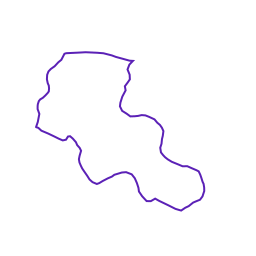 outline of Shabran District, Dəvəçi, Azerbaijan, rotated 293°
{"feature_id": "54616110B33183266084070", "entity_name": "Shabran District", "entity_type": "district", "adm_level": 2, "iso_a3": "AZE", "parent_name": "Azerbaijan", "parent_adm1": "Dəvəçi", "projection": "albers", "projection_center": [48.887, 41.122], "detail": "fine", "context": "isolated", "style": "outline", "palette": "violet", "viewbox_px": 256, "rotation_deg": 293, "n_neighbors": 0, "source": "geoboundaries", "source_scale": "gbopen_adm2", "svg_char_len": 1687}
<svg xmlns="http://www.w3.org/2000/svg" viewBox="0 0 256 256"><g transform="rotate(293 128 128)"><path d="M93.0,43.0L92.9,43.3L93.1,45.4L91.7,49.3L91.7,56.8L91.4,63.6L91.1,68.5L91.1,72.8L93.0,75.5L96.7,76.1L97.8,77.9L96.7,81.3L94.6,85.6L92.4,87.9L90.8,91.3L88.7,93.7L83.5,94.3L80.1,95.0L77.3,96.8L74.9,99.3L72.9,101.6L71.0,104.5L68.1,109.1L65.6,112.7L64.3,116.5L64.3,121.2L66.1,123.1L69.3,125.4L73.9,129.2L77.0,132.2L79.6,133.7L82.0,136.6L84.6,139.7L86.6,143.5L86.8,149.5L84.4,153.9L80.8,157.7L77.0,161.0L73.8,162.9L70.7,167.7L68.0,173.7L69.6,177.6L73.6,180.6L73.1,185.0L72.6,195.5L72.1,203.3L72.5,206.9L72.8,209.2L77.0,211.9L79.8,214.4L84.8,217.1L87.0,219.2L90.1,222.3L94.1,223.3L98.7,222.9L99.8,222.8L102.9,221.4L106.1,219.4L107.6,217.7L111.0,214.8L113.3,212.7L115.7,210.0L115.9,207.5L115.9,202.4L116.0,197.5L114.1,193.2L114.1,188.6L114.0,181.5L114.7,176.8L115.6,173.5L116.8,170.8L118.4,167.9L122.4,165.4L126.6,165.0L131.1,163.6L134.3,163.1L139.0,161.8L141.5,159.1L143.3,156.2L144.3,152.9L146.3,149.0L146.4,146.1L146.5,142.9L146.4,139.1L145.2,135.5L143.1,132.6L141.4,129.5L139.6,125.6L140.6,121.4L141.5,115.9L144.8,112.1L148.4,111.1L154.6,110.5L161.7,111.1L165.2,108.8L169.2,109.8L173.5,110.7L177.7,108.7L181.7,104.7L186.9,104.5L190.9,106.0L191.7,106.3L190.6,103.2L189.6,95.7L188.7,89.1L188.5,84.7L187.2,76.2L185.2,70.2L181.2,59.4L178.2,53.3L175.8,48.3L172.7,41.9L171.5,40.5L164.7,40.0L161.3,38.2L156.3,36.4L152.2,33.9L149.0,32.7L145.4,32.8L141.2,34.3L137.9,36.6L136.1,38.5L133.5,39.9L130.7,40.8L128.9,40.4L125.6,39.2L122.5,37.8L120.0,36.0L117.9,35.4L114.7,35.7L113.0,36.2L110.1,37.4L108.6,38.8L106.3,40.9L98.3,42.6L93.0,43.0Z" fill="none" stroke="#5b21b6" stroke-width="2"/></g></svg>